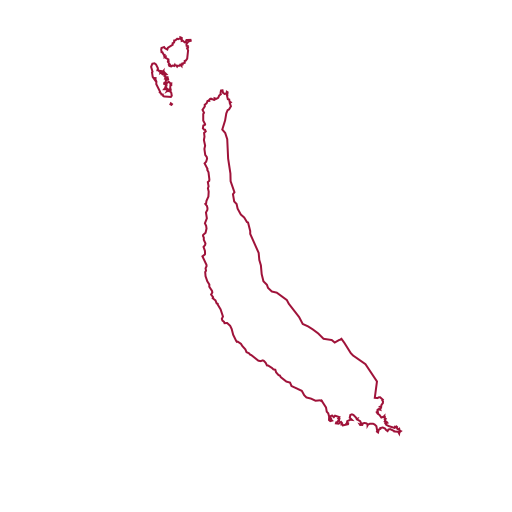 Davao Occidental, Davao del Sur, Philippines, rotated 148°
{"feature_id": "2640588B86868332888935", "entity_name": "Davao Occidental", "entity_type": "district", "adm_level": 2, "iso_a3": "PHL", "parent_name": "Philippines", "parent_adm1": "Davao del Sur", "projection": "robinson", "projection_center": [125.486, 5.999], "detail": "fine", "context": "isolated", "style": "outline", "palette": "rose", "viewbox_px": 512, "rotation_deg": 148, "n_neighbors": 0, "source": "geoboundaries", "source_scale": "gbopen_adm2", "svg_char_len": 6007}
<svg xmlns="http://www.w3.org/2000/svg" viewBox="0 0 512 512"><g transform="rotate(148 256 256)"><path d="M230.4,72.8L219.9,85.5L220.5,106.3L226.4,120.1L227.1,123.4L227.1,135.5L227.5,141.5L227.5,139.9L229.9,140.7L235.1,140.9L236.3,144.6L242.6,150.0L244.3,157.4L246.8,163.8L249.2,168.8L252.4,173.6L251.8,181.3L253.5,198.1L253.2,202.3L257.8,213.9L261.4,217.5L262.7,222.6L262.0,225.8L263.1,230.6L260.8,237.6L256.8,245.5L255.3,250.9L252.1,257.2L249.2,277.8L247.7,280.2L245.0,288.6L245.7,289.6L245.6,294.9L246.9,299.2L246.5,305.9L244.9,310.4L245.6,313.8L242.8,320.6L240.5,321.5L237.9,332.9L234.0,339.5L228.0,353.4L218.5,370.3L216.9,376.7L217.6,381.1L210.4,387.3L205.6,392.7L202.8,394.7L201.2,394.6L197.9,396.3L197.2,399.6L196.0,399.7L196.6,401.0L195.8,402.9L196.8,403.9L195.5,407.7L195.1,407.7L195.1,408.9L194.2,408.8L193.3,409.9L193.7,410.7L194.5,409.6L196.7,410.0L197.5,411.9L196.6,414.3L198.0,414.9L199.9,412.8L200.1,411.8L202.2,411.6L204.2,410.2L206.4,410.3L207.5,411.7L208.1,410.5L208.8,410.5L210.7,413.2L211.2,412.9L211.8,413.5L213.5,413.0L213.6,412.4L214.9,413.2L216.9,411.7L219.4,411.4L220.1,410.0L223.9,408.3L224.2,405.0L225.5,404.4L229.0,398.8L229.3,394.7L229.8,394.3L231.5,394.6L233.4,392.4L233.0,390.5L232.3,390.0L232.6,388.3L234.8,387.9L236.5,384.4L238.7,382.0L240.7,376.5L243.0,374.2L245.5,368.6L245.3,366.1L245.9,364.5L248.3,362.4L250.5,361.8L251.0,355.5L251.7,354.9L251.9,352.2L255.0,345.6L255.9,344.5L257.7,344.2L259.3,340.2L260.9,338.9L262.0,335.7L264.9,331.6L268.8,329.0L270.4,327.1L271.4,327.0L271.1,324.4L271.8,322.3L272.8,320.9L275.4,319.4L277.7,314.0L282.0,310.8L282.3,308.0L283.4,305.5L286.5,302.4L289.6,301.9L290.3,301.2L290.5,299.3L291.7,297.4L292.2,293.5L293.3,292.3L295.7,291.5L296.6,287.4L297.9,285.1L298.5,284.4L301.6,284.1L302.7,274.7L303.3,273.6L305.3,272.3L306.2,270.0L307.6,269.3L309.5,265.6L310.7,260.4L310.7,256.5L311.9,254.7L311.8,249.6L312.4,248.2L314.5,247.1L314.2,243.8L315.1,243.2L313.9,239.8L314.5,236.7L313.8,235.8L314.2,235.1L314.3,229.5L316.1,222.2L318.3,220.8L318.7,219.0L318.0,217.2L318.3,215.7L316.0,214.5L314.9,210.5L315.3,207.0L317.1,201.3L317.8,194.6L317.7,193.3L316.9,193.1L315.3,189.5L315.3,186.9L314.5,182.4L315.0,179.5L313.5,177.2L313.2,175.3L312.5,174.5L309.5,166.0L307.8,164.4L305.6,163.9L304.9,162.9L304.4,160.3L304.7,157.4L303.7,156.6L301.8,152.6L301.3,150.6L299.9,149.3L300.6,146.7L300.0,143.0L299.1,142.0L299.2,140.1L296.8,133.4L294.2,130.6L294.8,126.9L288.6,117.3L288.9,112.4L288.2,109.3L285.0,106.0L282.2,101.7L278.2,99.7L277.4,98.3L277.1,98.5L277.5,99.0L277.0,98.9L276.9,90.4L278.5,86.5L278.1,84.3L279.1,81.0L281.0,78.2L280.5,76.6L278.7,76.1L279.1,78.0L278.4,78.5L278.8,79.8L278.0,80.7L276.0,80.4L275.4,78.1L273.6,78.7L270.7,75.2L271.7,74.7L271.6,74.1L272.4,74.3L272.3,73.1L273.0,72.2L274.1,72.6L275.2,71.9L276.1,72.4L276.9,71.7L274.8,70.0L271.8,70.3L271.6,68.8L272.8,67.8L271.9,67.1L272.1,66.3L267.1,64.6L266.8,64.9L267.6,66.0L266.9,66.1L267.2,66.5L266.1,67.6L262.6,67.1L261.5,66.2L262.2,69.2L260.2,71.2L258.6,70.9L257.6,69.6L256.8,65.9L257.0,64.3L256.4,64.2L256.9,63.9L255.2,60.7L255.5,58.4L256.9,57.7L257.2,58.1L257.2,57.5L255.4,56.4L254.2,57.4L252.6,57.0L251.0,55.5L250.6,54.2L251.2,53.2L250.3,53.7L248.3,53.4L245.6,51.7L244.7,50.3L244.1,47.9L245.9,43.4L246.5,43.0L246.0,41.7L243.9,43.7L242.2,43.5L241.8,44.2L239.4,43.4L238.0,41.3L237.9,39.6L237.2,37.8L235.6,38.7L233.9,38.0L231.7,34.5L231.8,34.0L228.6,31.6L228.7,29.5L227.8,30.5L226.0,30.7L226.7,31.8L226.1,33.6L227.1,33.6L227.7,34.4L227.6,35.7L227.0,36.2L227.3,37.1L228.5,36.8L228.8,37.5L229.7,36.9L233.5,41.3L235.0,43.8L235.0,45.6L233.0,45.0L233.1,46.0L234.3,47.5L233.6,47.8L233.5,49.0L232.3,49.2L232.7,50.7L232.0,51.4L232.3,51.9L232.0,52.3L232.8,52.1L233.4,51.0L233.2,52.2L235.3,52.6L235.5,55.9L236.2,57.3L235.8,58.1L236.4,58.4L236.4,59.6L235.1,59.7L234.7,61.0L233.9,61.2L232.8,60.4L232.6,60.8L232.0,59.9L231.8,60.6L230.5,61.0L230.7,62.4L229.6,62.0L228.4,63.3L226.4,64.0L225.4,65.3L225.4,66.6L224.6,66.9L225.6,70.4L226.8,71.1L228.2,71.1L230.4,72.8ZM218.5,456.7L218.0,457.6L216.8,457.3L216.6,458.3L214.1,457.6L213.1,459.2L212.0,458.9L209.8,459.8L204.6,466.4L204.4,468.4L203.9,468.2L203.1,468.9L203.4,469.3L202.6,470.1L203.5,471.0L202.7,472.6L199.7,473.7L197.3,473.1L197.0,474.0L200.5,476.0L202.3,474.7L203.2,474.9L204.1,477.6L205.0,477.8L203.4,480.3L204.2,481.4L204.8,480.1L204.9,480.8L207.1,481.1L207.7,482.0L210.1,481.6L211.2,482.1L212.3,480.5L214.0,480.6L214.7,479.3L220.3,479.3L221.8,478.1L223.2,480.6L223.2,481.9L225.9,482.5L227.0,481.3L228.1,478.9L227.4,478.4L227.6,475.4L227.0,475.0L227.8,474.1L227.1,473.4L227.8,473.0L227.1,472.8L227.8,472.2L226.1,469.1L227.4,467.9L227.0,467.4L227.8,467.0L227.6,464.3L228.6,464.3L228.8,463.2L228.2,462.4L227.4,462.5L227.3,461.7L225.5,461.6L224.7,460.5L223.6,461.1L223.7,460.5L222.5,459.7L222.5,458.4L221.5,458.8L220.1,457.9L218.9,458.4L218.5,456.7ZM243.9,436.0L242.5,436.6L241.4,439.2L241.4,440.7L240.8,441.5L241.5,441.4L241.3,442.2L242.7,442.8L243.6,441.7L243.2,442.8L243.7,443.2L243.8,443.0L244.0,443.0L243.3,443.4L243.1,444.5L245.5,446.1L244.7,446.4L245.0,446.9L244.4,446.4L242.9,447.6L242.6,446.9L243.1,445.7L242.1,443.4L242.7,443.5L240.5,442.9L237.8,446.5L237.2,446.0L236.4,447.2L237.0,447.4L237.7,450.1L240.5,449.8L241.2,448.6L242.7,450.7L241.9,451.5L240.6,451.1L239.4,452.6L236.9,452.4L236.6,453.4L237.5,453.8L236.6,453.9L236.3,454.5L238.4,455.3L237.7,455.9L238.3,457.4L237.5,458.0L235.7,457.5L236.2,459.5L239.8,459.7L238.6,460.2L239.6,461.3L239.2,461.6L237.4,460.1L236.5,460.1L236.4,460.8L237.7,461.0L236.8,461.9L238.2,461.5L238.3,462.2L239.7,462.1L238.9,462.8L239.9,463.0L240.0,463.4L239.7,463.2L238.9,463.5L240.3,464.7L240.2,465.2L239.7,465.0L241.1,465.8L239.7,467.2L239.3,471.4L240.0,473.2L242.0,474.0L244.7,472.0L246.1,467.1L246.9,466.8L248.7,462.6L248.5,459.3L247.6,460.6L246.9,460.1L247.7,459.1L248.0,456.8L249.5,454.6L250.3,446.2L250.9,445.8L250.4,444.3L250.6,443.0L249.5,442.4L249.9,440.8L249.4,440.0L243.9,436.0ZM247.6,429.0L246.8,429.3L247.3,430.6L248.2,430.0L247.6,429.0Z" fill="none" stroke="#9f1239" stroke-width="2"/></g></svg>